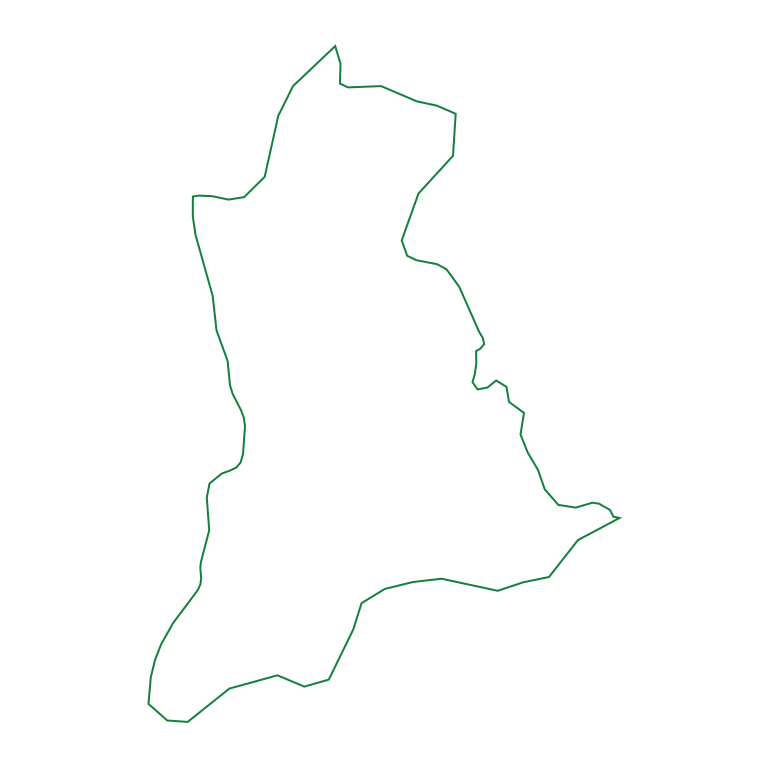 the State of Anambra
{"feature_id": "NGA-2857", "entity_name": "Anambra", "entity_type": "State", "adm_level": 1, "iso_a3": "NGA", "parent_name": "Nigeria", "parent_adm1": "", "projection": "albers", "projection_center": [6.939, 6.235], "detail": "fine", "context": "isolated", "style": "outline", "palette": "green", "viewbox_px": 768, "rotation_deg": 0, "n_neighbors": 0, "source": "natural_earth", "source_scale": "10m", "svg_char_len": 1237}
<svg xmlns="http://www.w3.org/2000/svg" viewBox="0 0 768 768"><path d="M148.5,703.9L150.8,677.2L154.9,660.4L161.1,644.3L173.2,622.9L198.0,589.8L200.3,584.5L201.2,578.6L200.3,567.8L200.9,562.2L209.2,530.4L206.8,497.6L209.5,483.5L221.7,473.6L229.9,470.6L236.3,467.5L240.6,462.5L243.0,454.2L245.0,426.5L243.9,417.8L240.7,409.5L232.6,393.8L230.0,385.2L227.6,360.9L216.5,330.3L212.7,296.0L195.5,234.8L192.8,216.4L192.9,196.6L198.3,195.6L212.2,196.2L228.5,199.6L244.2,197.1L264.7,176.8L278.3,115.7L293.0,86.1L335.2,46.1L340.5,63.6L340.0,83.6L348.0,87.4L381.1,86.1L416.9,101.4L436.7,105.6L455.7,113.8L453.0,155.8L418.5,193.5L401.7,240.4L407.2,255.8L416.4,260.2L437.1,264.2L446.5,269.3L459.2,286.7L479.2,332.0L482.7,337.7L484.2,344.1L480.1,348.9L476.1,351.1L476.3,362.9L474.9,373.7L472.5,382.2L477.6,389.4L487.5,387.5L496.2,380.5L506.5,386.9L509.1,402.0L524.0,412.9L520.5,434.6L527.9,452.9L538.0,469.9L544.7,489.2L558.3,504.9L575.9,507.6L592.3,502.7L599.0,503.7L610.1,510.0L613.3,516.6L619.5,518.0L577.9,540.1L549.0,577.0L523.2,582.3L497.7,590.8L441.5,578.7L413.0,582.0L384.9,588.9L361.6,603.1L353.2,629.6L328.8,679.6L304.2,686.6L277.5,675.3L229.3,688.6L187.7,721.9L167.2,720.5L148.5,703.9Z" fill="none" stroke="#15803d" stroke-width="2"/></svg>